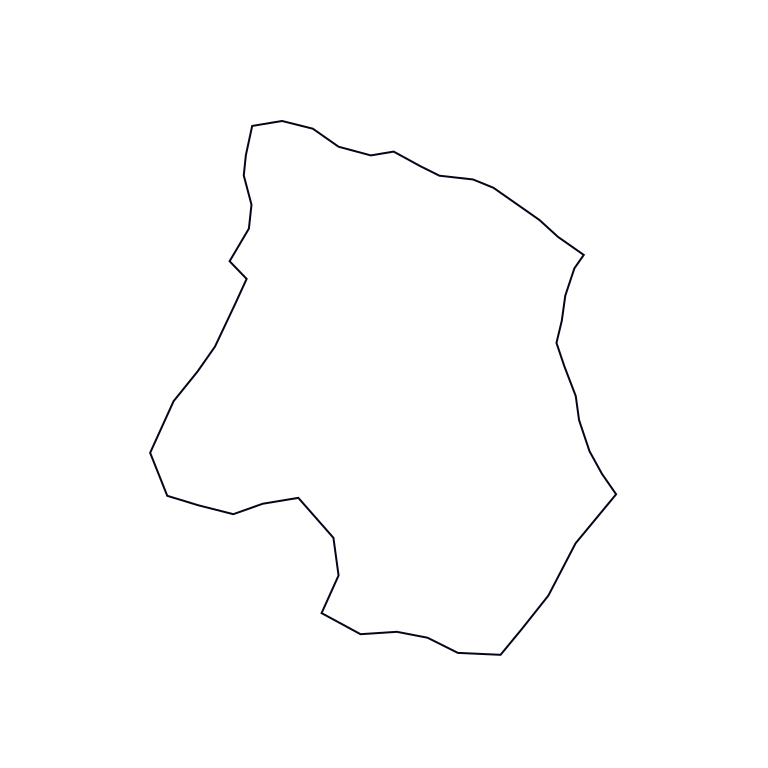 outline of Livadia Ammochostou, Cyprus, rotated 215°
{"feature_id": "46923920B52729899789511", "entity_name": "Livadia Ammochostou", "entity_type": "district", "adm_level": 2, "iso_a3": "CYP", "parent_name": "Cyprus", "parent_adm1": "", "projection": "robinson", "projection_center": [34.038, 35.398], "detail": "fine", "context": "isolated", "style": "outline", "palette": "ink", "viewbox_px": 768, "rotation_deg": 215, "n_neighbors": 0, "source": "geoboundaries", "source_scale": "gbopen_adm2", "svg_char_len": 790}
<svg xmlns="http://www.w3.org/2000/svg" viewBox="0 0 768 768"><g transform="rotate(215 384 384)"><path d="M130.6,426.8L153.9,435.4L177.1,446.8L203.5,466.3L220.0,484.1L246.5,502.0L266.3,516.6L274.6,537.7L286.2,560.4L294.4,588.0L294.4,604.3L325.9,604.3L350.7,607.5L377.1,607.5L406.9,607.5L428.4,602.6L458.1,586.4L479.6,583.2L509.4,579.9L525.9,563.7L557.3,552.3L588.8,552.3L618.5,540.9L640.0,519.8L628.4,492.2L618.5,474.4L595.4,454.9L583.8,433.8L580.9,396.0L556.8,391.3L551.7,363.4L543.9,317.7L543.9,287.3L546.5,249.3L536.1,193.5L497.4,168.1L466.4,178.2L432.8,190.9L414.7,216.3L388.9,241.6L337.2,229.0L311.4,201.1L303.7,160.5L259.7,165.6L231.3,188.4L202.9,201.1L169.3,206.1L133.2,229.0L130.6,261.9L128.0,305.0L135.7,363.4L130.6,426.8Z" fill="none" stroke="#020617" stroke-width="2"/></g></svg>